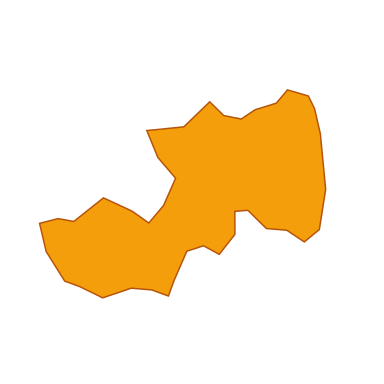 Kosovska Mitrovica, Mercator projection, rotated 20°
{"feature_id": "KOS-5894", "entity_name": "Kosovska Mitrovica", "entity_type": "District", "adm_level": 1, "iso_a3": "XKX", "parent_name": "Kosovo", "parent_adm1": "", "projection": "mercator", "projection_center": [20.905, 42.931], "detail": "fine", "context": "isolated", "style": "filled", "palette": "amber", "viewbox_px": 384, "rotation_deg": 20, "n_neighbors": 0, "source": "natural_earth", "source_scale": "10m", "svg_char_len": 639}
<svg xmlns="http://www.w3.org/2000/svg" viewBox="0 0 384 384"><g transform="rotate(20 192 192)"><path d="M268.5,62.0L278.7,71.8L292.7,93.4L316.7,143.8L324.5,183.7L314.6,200.5L294.1,195.5L274.4,200.9L250.8,190.1L238.9,195.5L246.8,217.1L238.9,241.3L221.2,238.6L207.4,249.4L205.4,281.6L205.4,297.8L187.7,297.8L167.9,303.1L144.3,322.0L118.7,319.3L102.9,319.3L75.3,297.8L59.5,273.6L75.3,262.8L91.0,260.1L110.8,227.8L142.3,230.5L162.0,235.9L169.9,214.4L171.9,184.7L148.2,171.3L128.5,149.7L162.0,133.6L177.8,101.2L195.6,109.3L213.3,106.6L223.2,93.1L240.9,79.6L246.8,63.4L268.5,62.0Z" fill="#f59e0b" stroke="#b45309" stroke-width="1.5"/></g></svg>